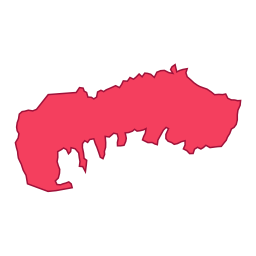 Witmarsum, Santa Catarina, Brazil (Natural Earth projection)
{"feature_id": "56859067B40802108519146", "entity_name": "Witmarsum", "entity_type": "district", "adm_level": 2, "iso_a3": "BRA", "parent_name": "Brazil", "parent_adm1": "Santa Catarina", "projection": "natural_earth1", "projection_center": [-49.836, -26.943], "detail": "fine", "context": "isolated", "style": "filled", "palette": "rose", "viewbox_px": 256, "rotation_deg": 0, "n_neighbors": 0, "source": "geoboundaries", "source_scale": "gbopen_adm2", "svg_char_len": 2375}
<svg xmlns="http://www.w3.org/2000/svg" viewBox="0 0 256 256"><path d="M240.6,100.5L237.7,100.7L234.7,100.0L231.3,99.9L227.8,98.3L225.7,94.0L222.7,94.6L218.8,94.4L214.6,94.7L211.0,91.8L207.0,89.1L202.9,87.7L199.7,86.5L197.3,85.2L194.0,82.9L191.1,80.2L187.2,76.8L185.9,72.8L187.2,68.7L182.8,69.5L179.6,70.5L176.8,71.9L175.9,68.3L175.1,64.6L172.0,66.8L170.6,69.5L172.9,73.4L169.0,72.7L164.4,70.4L160.6,70.7L156.9,72.2L154.3,77.4L150.7,74.3L147.6,73.4L144.8,73.1L142.1,76.8L139.1,74.0L136.2,77.0L133.5,79.2L130.0,77.5L127.4,81.2L123.3,80.9L121.6,84.5L119.5,87.6L115.6,85.7L110.3,88.1L106.1,89.9L103.7,91.6L100.9,90.3L97.6,92.0L96.6,97.1L93.8,98.9L91.3,97.3L87.9,97.1L86.6,92.5L84.2,91.2L83.1,88.1L79.5,87.6L76.2,92.5L48.2,94.6L36.5,109.4L32.7,110.9L28.3,110.2L24.8,111.2L22.1,111.6L19.3,114.1L18.5,119.1L17.2,122.7L16.6,127.1L17.2,130.8L18.9,133.6L18.2,138.0L15.4,142.7L16.5,147.8L17.6,151.6L17.9,154.8L18.4,158.1L19.9,161.4L21.3,164.2L23.2,170.1L26.1,175.4L27.5,183.8L48.0,191.4L56.0,190.6L72.2,187.7L71.2,183.9L68.8,181.9L65.7,183.1L63.0,183.8L60.5,184.8L57.0,184.5L55.3,181.0L58.3,178.0L59.5,173.2L59.7,169.3L58.3,165.7L57.1,161.6L57.8,157.3L57.7,151.6L61.0,149.8L63.6,148.0L66.5,149.6L68.5,153.8L70.6,151.6L71.1,147.7L75.2,148.8L78.7,152.9L79.3,157.7L80.0,161.6L79.4,166.3L82.7,166.6L85.4,171.7L86.3,164.7L86.7,160.3L84.1,158.4L83.5,152.9L82.4,147.6L82.5,143.6L84.7,140.7L87.6,142.4L89.7,139.5L93.8,138.8L95.4,143.8L96.9,147.2L98.9,152.9L100.3,157.2L103.0,158.7L104.6,154.5L104.4,151.3L105.6,147.3L105.7,142.7L105.2,136.4L109.3,137.0L113.7,133.2L117.2,134.0L118.3,138.2L117.4,142.5L117.5,145.8L120.6,145.8L124.0,145.3L125.7,141.5L126.3,138.3L125.2,132.9L128.8,132.5L132.5,131.1L134.6,129.3L137.0,131.1L140.1,130.7L143.4,129.9L146.0,128.6L145.3,133.2L143.7,136.4L142.5,139.9L145.3,141.3L147.9,142.6L152.2,142.5L154.7,143.9L157.3,144.7L157.9,140.1L159.9,136.4L161.5,133.5L163.4,130.1L166.1,127.4L168.5,128.6L165.9,134.4L165.9,138.6L168.1,141.2L171.6,142.5L174.2,144.3L177.4,143.6L181.3,141.7L185.0,140.7L185.1,144.9L183.4,148.9L186.8,150.6L189.6,153.6L193.1,153.5L194.5,149.2L197.5,147.3L200.9,149.0L203.4,147.5L205.9,145.3L210.0,147.6L214.5,147.0L217.9,146.6L221.3,146.4L224.2,142.7L226.2,140.3L227.4,137.2L229.7,133.5L231.4,129.0L234.1,127.3L236.2,124.4L237.3,119.9L237.3,114.8L237.9,110.3L240.1,105.3L240.6,100.5Z" fill="#f43f5e" stroke="#9f1239" stroke-width="1.5"/></svg>